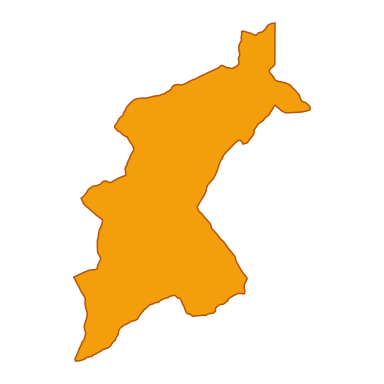 outline of Mumias West, Western, Kenya
{"feature_id": "3690345B19078543384145", "entity_name": "Mumias West", "entity_type": "district", "adm_level": 2, "iso_a3": "KEN", "parent_name": "Kenya", "parent_adm1": "Western", "projection": "orthographic", "projection_center": [34.444, 0.279], "detail": "fine", "context": "isolated", "style": "filled", "palette": "amber", "viewbox_px": 384, "rotation_deg": 0, "n_neighbors": 0, "source": "geoboundaries", "source_scale": "gbopen_adm2", "svg_char_len": 5909}
<svg xmlns="http://www.w3.org/2000/svg" viewBox="0 0 384 384"><path d="M244.9,143.6L247.1,142.9L248.7,141.0L249.9,139.1L251.2,137.4L252.6,135.9L253.5,134.3L254.3,132.2L254.0,130.2L255.1,128.6L256.5,126.6L257.3,125.2L258.2,124.2L259.6,123.0L261.3,121.7L262.6,121.1L263.8,119.8L264.7,118.2L266.3,117.0L267.7,116.0L269.2,114.5L270.5,112.1L271.8,110.4L272.6,109.1L273.4,107.2L275.0,105.2L277.1,106.9L281.7,110.8L283.9,112.1L285.7,112.8L287.2,112.7L290.0,112.7L297.2,112.3L300.9,112.1L305.1,111.3L307.1,110.8L308.7,110.3L310.0,109.7L310.2,108.2L309.7,106.5L308.8,105.4L307.4,104.1L305.7,102.6L303.6,102.0L302.3,101.3L301.0,100.3L300.5,98.6L299.8,96.8L299.2,94.7L297.6,93.2L296.0,91.1L294.3,89.6L293.1,88.4L292.0,87.1L291.1,85.9L289.9,85.2L288.7,84.2L284.9,82.7L283.4,82.4L281.3,82.0L279.4,81.6L278.0,81.3L276.7,80.8L275.5,80.3L274.5,79.1L273.7,77.3L272.5,75.6L271.5,74.6L270.1,73.0L269.2,71.5L269.5,70.1L270.7,68.4L273.8,65.9L274.8,63.9L275.0,23.0L273.4,23.4L271.6,23.5L269.1,24.5L267.8,25.5L266.6,26.9L265.9,28.1L264.7,29.7L263.2,31.3L262.0,32.0L260.3,32.3L258.3,33.0L257.3,34.5L254.7,35.4L253.2,34.3L250.8,33.3L248.9,32.7L246.6,32.1L244.7,31.5L243.1,30.9L241.5,31.8L241.8,33.8L241.6,35.1L241.2,36.5L241.2,38.2L241.4,39.8L241.1,41.3L240.3,42.8L239.4,44.2L238.9,46.2L238.8,47.8L238.9,50.6L239.3,52.1L239.8,54.0L239.4,56.1L238.8,57.4L238.4,58.8L239.0,62.7L238.7,64.4L236.9,66.0L234.5,67.3L232.9,68.3L231.3,68.4L229.7,68.1L228.2,67.8L226.7,67.6L225.4,67.0L223.9,66.0L222.5,65.5L220.8,65.6L219.4,67.0L218.1,67.9L213.2,70.4L210.5,71.6L208.9,72.2L205.9,73.7L202.8,75.2L200.2,76.3L198.1,77.5L196.5,78.2L194.8,79.2L193.0,79.7L190.9,80.6L189.5,81.3L187.4,82.6L185.5,83.5L181.8,85.0L179.5,84.9L178.2,84.5L176.8,84.5L175.4,84.8L174.0,85.4L172.6,86.3L171.8,87.8L171.2,89.0L170.0,90.3L168.0,91.3L166.2,92.3L164.6,93.7L162.8,94.1L160.7,94.9L159.0,95.6L155.2,96.0L153.3,96.3L150.7,97.1L148.7,97.5L146.7,98.0L145.3,98.3L143.6,98.1L141.8,98.1L140.4,98.3L136.9,98.7L134.6,99.5L132.0,101.5L129.3,104.1L127.1,106.7L126.1,108.0L125.6,109.7L124.7,110.8L123.5,113.2L123.0,115.1L121.7,116.3L118.9,118.9L117.5,122.1L116.3,123.7L115.4,125.0L114.8,126.2L114.7,127.6L116.3,129.3L118.3,131.4L120.1,131.9L121.1,133.0L122.3,134.2L123.8,135.4L125.3,136.3L127.2,136.8L127.9,138.4L128.7,139.8L130.6,142.7L131.4,143.9L132.5,145.6L133.7,147.9L133.7,150.2L132.6,152.0L131.7,153.4L130.6,155.4L129.8,157.6L129.0,159.2L128.0,161.4L127.4,162.9L126.9,165.0L125.7,166.9L125.1,168.7L125.4,170.6L125.5,172.1L125.8,173.7L125.7,175.2L124.4,175.9L122.7,176.4L120.9,177.1L119.7,177.8L117.0,178.9L115.8,179.9L113.7,180.6L112.4,181.8L110.7,182.5L109.1,182.3L107.3,181.5L105.2,180.9L103.1,181.5L102.1,182.5L100.7,184.0L98.6,184.8L96.8,185.7L94.8,185.8L92.4,186.5L91.3,187.3L89.8,188.3L88.6,189.2L87.8,190.3L87.0,191.9L85.6,193.9L83.8,196.1L82.4,197.5L81.1,198.2L82.6,201.5L83.2,202.8L83.9,204.1L85.4,205.7L87.9,207.8L92.8,211.9L96.3,215.2L101.4,218.8L102.6,219.9L102.3,222.0L101.9,223.8L101.4,225.5L100.0,228.6L99.1,230.9L98.6,233.8L98.4,235.3L98.3,236.6L97.9,238.6L97.4,240.2L97.3,242.0L97.4,244.4L97.3,245.8L97.4,248.2L97.6,251.8L98.2,253.6L99.4,255.7L100.7,258.0L100.4,259.6L98.7,263.3L97.9,264.8L97.4,266.8L97.1,269.0L95.1,269.6L93.2,269.7L89.3,270.2L87.8,270.7L86.1,271.4L84.7,272.0L79.0,274.6L77.3,275.5L75.5,276.3L73.8,277.1L74.6,278.7L75.2,279.9L76.9,283.2L78.5,286.1L79.3,287.4L79.8,288.8L80.5,290.4L81.4,292.0L83.1,294.7L84.5,296.8L85.2,298.1L85.2,299.7L85.1,301.6L85.0,303.7L85.2,305.3L85.6,307.2L86.1,309.2L86.8,311.1L87.4,313.6L86.9,316.1L86.6,318.1L86.2,319.7L85.7,321.1L84.9,323.8L84.5,325.1L84.2,326.7L84.7,329.5L85.3,331.5L85.6,333.2L85.3,334.7L84.9,336.8L84.3,339.1L83.2,340.8L82.1,342.2L81.6,343.5L81.0,345.4L80.1,347.1L79.3,348.5L78.1,351.8L77.3,353.9L76.4,356.0L75.7,357.5L74.9,359.0L75.4,361.0L79.8,360.8L81.9,360.0L84.0,359.5L85.2,358.7L86.1,357.8L87.8,357.2L89.4,356.7L91.7,356.6L93.6,354.7L95.4,354.2L98.0,352.6L101.3,350.9L102.3,349.8L106.4,348.4L107.8,348.1L109.6,346.7L110.9,345.5L111.8,343.7L113.6,341.4L115.0,340.6L116.1,337.8L116.8,336.6L118.0,334.7L118.3,332.8L118.7,331.5L119.1,330.0L120.0,328.4L121.6,327.0L123.4,325.6L125.0,324.7L126.3,324.3L130.0,322.1L131.4,321.1L133.1,320.9L135.4,320.4L137.2,319.3L138.1,318.1L138.6,316.9L139.4,315.7L140.8,314.0L141.9,312.5L143.0,311.2L144.2,309.7L145.3,308.8L146.6,307.7L149.6,304.9L152.0,304.2L153.6,303.6L155.2,302.8L157.1,302.5L159.0,301.8L160.7,300.3L162.7,299.3L164.7,298.5L166.4,298.1L168.0,297.6L169.1,296.8L170.5,296.1L173.6,295.5L175.3,295.4L176.5,296.8L177.6,298.0L179.4,298.2L180.6,299.2L182.1,302.6L182.5,303.9L183.9,306.3L184.5,307.8L185.6,311.1L186.6,312.9L187.6,313.8L189.4,314.0L191.2,315.0L192.5,316.2L194.2,316.2L195.8,315.9L197.2,315.8L203.4,315.2L205.0,315.4L206.4,315.2L207.5,314.1L209.5,313.7L211.7,313.4L213.6,313.0L214.5,312.1L215.6,311.0L215.6,309.7L215.7,308.2L216.7,306.8L218.2,305.7L219.8,304.5L221.9,304.4L223.5,304.1L224.9,303.0L226.2,301.8L227.8,300.6L228.6,298.9L229.9,297.6L231.5,297.0L232.8,295.9L234.4,295.3L236.1,294.3L237.7,293.6L239.3,293.4L241.2,293.5L242.8,293.8L244.4,293.8L244.8,291.4L244.5,289.3L244.3,287.9L244.2,286.2L244.5,284.5L245.1,282.9L246.2,280.9L247.1,278.9L246.7,277.5L243.2,273.1L241.7,271.0L239.4,267.2L238.6,265.5L236.8,262.4L236.1,260.8L235.4,258.2L234.7,256.1L232.0,252.7L229.4,249.7L227.9,247.8L226.7,246.0L224.7,243.1L223.2,241.3L220.6,239.0L218.9,236.8L217.2,234.5L213.8,230.6L211.9,228.8L210.9,225.7L210.4,223.8L204.9,217.7L203.9,216.3L203.0,215.2L201.1,213.1L199.5,211.8L198.3,210.1L197.5,208.3L197.1,207.0L199.3,203.3L201.0,200.2L203.0,197.3L204.6,194.5L205.9,191.4L206.9,186.9L207.6,185.2L209.6,182.9L212.4,179.8L213.6,178.3L216.5,172.5L217.4,170.3L217.9,168.4L219.2,164.1L220.3,161.5L222.0,158.6L223.7,155.2L224.8,153.8L226.2,152.3L227.9,150.4L230.6,147.7L233.2,144.9L235.4,142.8L236.8,141.5L238.5,140.4L240.3,140.5L241.8,141.6L242.5,142.8L243.1,144.1L244.9,143.6Z" fill="#f59e0b" stroke="#b45309" stroke-width="1.5"/></svg>